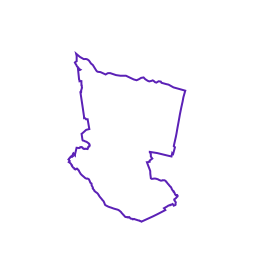 the district of Cristesti, Suceava, Romania, rotated 149°
{"feature_id": "2599482B22632955196999", "entity_name": "Cristesti", "entity_type": "district", "adm_level": 2, "iso_a3": "ROU", "parent_name": "Romania", "parent_adm1": "Suceava", "projection": "mercator", "projection_center": [26.592, 47.273], "detail": "fine", "context": "isolated", "style": "outline", "palette": "violet", "viewbox_px": 256, "rotation_deg": 149, "n_neighbors": 0, "source": "geoboundaries", "source_scale": "gbopen_adm2", "svg_char_len": 5653}
<svg xmlns="http://www.w3.org/2000/svg" viewBox="0 0 256 256"><g transform="rotate(149 128 128)"><path d="M195.2,131.5L195.0,130.4L195.1,130.0L195.0,129.7L196.3,129.3L196.1,128.9L195.9,128.3L195.6,127.7L195.4,127.0L195.4,126.0L195.5,125.0L195.3,125.0L195.3,124.9L195.2,124.7L195.4,124.4L195.6,124.3L195.6,124.1L195.5,123.3L195.4,122.5L195.3,122.1L195.0,121.7L194.9,121.3L194.8,121.0L195.0,120.6L195.0,120.4L194.9,120.3L194.7,119.9L194.5,119.6L193.1,119.6L192.9,119.1L192.6,119.0L192.4,119.0L192.4,118.4L192.3,117.8L192.0,116.9L192.1,116.5L192.2,116.0L192.2,115.1L192.2,113.0L191.8,111.3L190.7,108.0L190.6,107.5L190.2,106.7L189.8,106.2L189.5,105.8L188.7,105.5L188.0,104.3L187.9,103.8L188.0,103.4L188.1,103.1L188.1,102.3L188.2,102.0L188.3,101.2L188.4,100.9L188.4,100.3L188.1,99.7L187.9,99.4L187.9,99.1L188.0,98.8L188.1,98.6L188.3,98.4L188.5,98.1L188.7,97.6L188.8,97.1L188.7,96.3L188.9,94.7L189.0,94.5L189.3,94.4L189.3,94.2L189.3,93.7L189.2,93.1L189.1,92.5L189.0,91.9L189.2,91.6L189.2,91.4L189.1,91.0L188.8,90.2L188.7,89.8L188.4,89.2L187.9,88.0L187.7,87.1L187.7,85.5L187.6,85.4L187.6,85.2L187.7,84.8L187.6,83.4L187.1,80.5L187.1,80.0L187.0,79.5L187.0,79.1L186.8,78.6L186.7,78.1L186.7,77.7L186.7,77.4L186.9,75.8L187.0,75.3L187.1,74.8L187.2,74.3L187.2,73.9L187.1,73.5L185.9,71.5L185.3,70.6L184.5,69.6L183.5,68.5L182.0,66.6L181.0,65.5L179.0,63.4L178.7,63.0L178.4,62.6L178.3,62.3L178.1,62.0L177.7,60.9L177.4,60.0L177.2,59.3L177.2,58.4L177.1,58.1L176.9,57.1L176.8,56.7L176.8,56.4L176.4,54.9L176.4,54.4L176.1,53.2L175.3,52.4L175.1,52.4L174.9,52.3L174.6,52.1L174.4,52.0L174.1,51.7L174.2,51.4L174.1,51.2L173.9,51.1L173.6,51.1L173.3,51.2L173.0,51.1L172.9,51.1L172.7,50.7L172.5,49.2L172.4,49.0L171.6,48.4L171.3,48.1L171.2,48.0L171.1,47.6L171.1,47.4L170.7,47.1L170.3,47.1L170.0,47.1L169.6,46.9L169.3,46.4L166.4,43.1L166.2,43.0L165.9,42.8L165.8,42.4L165.7,42.3L165.6,42.0L165.4,41.8L165.1,41.7L164.9,41.4L164.7,40.8L162.7,40.6L159.2,40.2L152.2,39.4L147.4,39.0L144.5,38.8L139.7,38.5L138.3,38.4L138.3,38.7L138.3,39.3L138.3,40.0L138.3,40.3L138.4,40.7L135.1,40.6L133.2,40.7L132.5,40.4L131.4,40.4L131.3,40.0L128.9,39.9L128.8,38.9L128.8,37.9L127.8,37.7L127.1,37.6L126.8,37.7L126.6,38.0L126.4,38.2L126.3,38.5L126.1,38.9L125.3,39.7L125.3,39.9L125.3,40.2L125.5,42.1L125.3,42.4L125.2,42.5L125.1,43.0L123.9,43.1L123.1,43.2L121.2,43.8L120.9,43.8L120.5,44.1L120.3,44.5L120.4,45.2L120.4,45.3L120.5,45.4L120.8,45.6L121.2,45.6L121.5,45.6L121.7,45.8L121.8,47.4L121.7,47.7L121.5,48.4L121.5,48.8L121.6,49.0L121.7,49.3L121.8,49.6L121.8,49.8L121.6,50.0L121.4,50.1L121.4,50.3L121.5,50.6L121.8,51.0L121.9,51.4L121.9,51.5L121.9,52.2L121.9,53.3L121.7,54.0L121.7,55.1L121.7,55.7L122.1,56.4L122.1,56.8L122.1,57.3L122.3,58.0L122.3,58.8L122.5,59.3L122.6,60.1L122.7,60.9L122.8,61.8L122.8,62.0L123.0,62.3L123.0,62.5L123.0,62.9L123.0,63.2L123.0,63.3L123.1,63.5L123.5,64.1L123.7,64.4L123.9,64.6L124.1,64.7L124.6,65.0L125.2,65.4L125.7,65.4L126.1,65.5L126.5,65.7L126.8,65.9L127.0,66.0L127.3,66.4L127.9,67.2L128.4,67.9L128.6,68.3L128.8,68.7L129.0,68.9L129.3,69.1L129.5,69.5L129.8,69.8L130.5,70.4L130.9,70.8L131.5,71.1L132.1,71.4L132.7,71.6L133.9,72.2L134.3,73.1L134.2,73.4L133.8,74.2L132.5,77.2L131.1,79.7L130.6,82.2L130.1,85.2L129.5,88.3L129.4,88.9L128.5,88.5L126.8,87.9L126.3,88.9L125.4,89.0L122.9,89.3L123.1,91.2L123.0,92.1L122.5,92.8L122.1,93.7L121.9,93.8L121.8,94.0L121.7,94.4L121.4,95.0L121.9,95.6L121.9,95.8L121.6,96.3L115.8,91.4L108.5,84.2L105.4,81.2L103.3,83.4L103.3,83.0L103.2,82.7L102.9,82.3L97.7,87.3L98.1,88.9L92.3,95.0L91.9,95.4L90.8,96.6L89.0,98.6L86.0,102.1L81.5,107.2L76.0,113.5L71.6,118.3L68.1,122.0L67.7,122.4L66.2,124.1L64.6,125.9L59.7,130.5L62.6,133.6L68.1,139.4L70.9,144.3L72.6,145.9L76.0,149.5L76.0,150.9L77.7,152.3L80.3,152.3L81.2,153.3L81.7,155.0L82.3,156.1L83.6,156.3L85.8,157.0L86.8,158.3L88.1,161.0L88.6,163.3L90.9,164.2L93.5,164.2L96.0,164.5L98.1,166.7L102.8,173.8L107.7,176.8L111.0,179.5L115.0,184.2L116.9,185.3L117.3,185.4L119.6,185.4L122.8,190.1L124.9,191.7L125.4,192.5L125.6,193.5L125.7,200.1L126.5,202.3L126.7,205.8L127.4,207.6L128.5,208.8L130.5,209.9L132.6,213.7L134.2,218.4L134.9,216.2L137.6,211.7L138.7,211.7L139.8,211.5L139.9,209.8L139.8,208.9L140.0,207.1L139.8,206.3L139.6,206.0L139.5,205.1L139.5,204.8L139.5,204.5L139.5,204.2L139.5,203.8L139.3,203.4L138.8,202.5L139.5,202.5L139.8,202.8L140.0,203.3L140.2,204.1L140.3,204.7L144.9,194.9L144.8,194.7L145.5,193.0L144.7,192.7L144.2,192.5L143.8,192.2L145.9,188.6L145.7,188.3L146.7,186.5L146.7,186.2L149.5,183.7L149.3,183.5L149.8,182.8L150.4,183.1L155.6,170.5L159.6,160.9L160.6,159.0L160.0,158.7L159.6,158.2L159.5,157.8L159.5,157.1L158.1,156.3L161.7,147.0L162.3,147.2L164.6,147.9L164.9,147.9L165.2,147.9L167.0,147.5L170.3,146.9L170.6,146.9L170.8,146.9L173.2,141.1L173.2,140.9L173.2,140.6L172.1,139.5L171.7,138.7L170.8,137.7L170.5,137.2L169.5,134.8L169.4,134.3L169.8,133.7L169.6,133.0L170.6,132.1L170.9,132.1L171.3,132.4L171.6,132.4L173.1,131.0L173.5,130.8L173.7,131.0L174.2,131.5L174.6,131.6L174.8,132.0L175.9,132.3L176.1,132.7L176.6,132.8L176.8,133.2L177.0,133.4L177.1,133.7L177.0,134.1L177.3,134.7L177.2,135.0L177.6,135.6L177.9,135.6L178.2,135.7L178.3,135.8L178.5,136.0L178.6,135.8L180.4,136.0L181.0,136.6L181.7,137.1L181.9,137.3L182.1,137.3L182.3,137.5L187.0,132.7L187.4,132.1L187.5,132.8L187.6,133.2L187.7,133.9L187.8,134.5L188.1,134.4L188.8,133.9L189.0,133.7L189.2,133.4L189.3,133.3L189.4,133.2L189.5,133.1L189.9,133.1L190.0,133.1L190.1,132.7L190.1,132.4L189.9,132.2L190.8,132.1L190.9,132.4L191.4,132.5L191.3,132.8L191.5,132.9L191.7,133.0L191.9,132.9L192.3,132.8L192.7,132.6L193.1,132.3L193.7,132.3L194.0,132.2L194.5,132.0L194.5,131.8L194.8,131.5L195.2,131.5Z" fill="none" stroke="#5b21b6" stroke-width="2"/></g></svg>